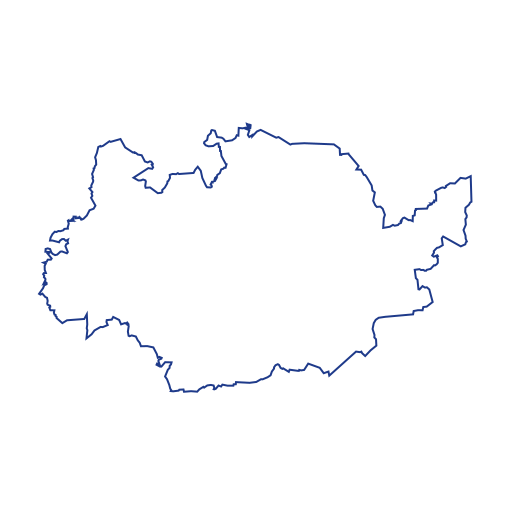 Unión de San Antonio, Jalisco, Mexico (Albers equal-area conic projection), rotated 357°
{"feature_id": "50627088B53477617701945", "entity_name": "Unión de San Antonio", "entity_type": "district", "adm_level": 2, "iso_a3": "MEX", "parent_name": "Mexico", "parent_adm1": "Jalisco", "projection": "albers", "projection_center": [-102.055, 21.158], "detail": "fine", "context": "isolated", "style": "outline", "palette": "blue", "viewbox_px": 512, "rotation_deg": 357, "n_neighbors": 0, "source": "geoboundaries", "source_scale": "gbopen_adm2", "svg_char_len": 6038}
<svg xmlns="http://www.w3.org/2000/svg" viewBox="0 0 512 512"><g transform="rotate(357 256 256)"><path d="M430.0,311.2L427.3,298.5L425.0,296.2L423.1,296.4L420.7,294.8L417.5,298.0L416.5,297.7L416.0,288.2L414.5,286.5L413.8,278.1L418.6,277.7L420.0,278.6L422.6,278.7L423.5,279.5L425.1,279.6L425.9,278.7L429.7,278.0L433.3,274.5L434.2,274.8L435.9,273.8L437.2,272.3L437.4,268.4L436.6,266.9L437.7,265.8L437.1,264.8L433.5,266.0L432.0,264.7L433.9,262.0L433.8,260.5L435.5,258.8L437.2,257.3L439.1,257.0L443.1,254.9L442.4,248.1L443.9,246.3L461.0,257.1L465.6,255.3L466.4,253.1L467.3,252.6L466.3,249.7L466.3,246.7L464.6,240.9L467.2,235.7L467.0,230.1L468.3,228.5L468.6,226.6L467.2,223.1L467.7,218.8L471.3,216.0L472.7,213.8L474.0,213.1L474.6,187.5L469.5,189.7L464.3,188.7L458.4,194.0L453.7,193.5L449.3,196.0L449.5,196.9L448.0,198.0L446.1,197.3L444.5,197.6L439.1,200.1L438.0,201.0L438.3,201.7L437.2,201.9L438.4,202.0L439.1,204.2L438.8,210.1L436.8,209.9L436.7,211.6L435.8,211.5L434.4,212.9L433.1,212.7L433.8,213.7L430.7,214.6L429.3,217.6L418.1,217.4L418.1,218.5L417.2,218.9L416.6,223.7L414.7,224.2L414.3,229.4L411.9,228.2L410.3,228.2L406.2,225.4L404.7,225.9L402.6,228.3L402.4,228.7L403.2,228.9L402.4,230.7L400.8,231.1L399.4,232.5L396.1,233.0L394.4,232.1L391.2,233.8L384.5,234.6L385.6,224.9L386.9,221.7L385.0,215.5L382.8,213.2L379.2,213.3L377.8,211.6L375.9,207.0L378.0,198.7L375.7,196.7L375.2,191.6L370.7,183.0L369.3,180.9L367.9,180.6L365.5,175.3L360.8,174.9L363.2,171.5L353.6,158.9L354.5,158.5L346.4,158.8L346.4,159.5L345.2,159.4L345.2,153.1L339.6,148.6L310.1,145.9L298.0,145.9L296.1,146.5L284.7,138.4L282.4,138.9L267.2,130.3L263.4,131.7L258.5,136.4L258.6,135.0L255.5,136.8L254.2,134.6L256.0,130.0L251.3,128.0L257.0,127.9L257.5,125.0L256.7,124.6L255.8,125.6L255.3,124.3L253.8,123.6L254.0,124.8L255.2,126.2L254.5,127.0L249.3,127.8L245.5,127.2L244.7,134.9L243.1,134.4L241.7,137.1L238.2,139.2L231.5,139.9L229.6,137.2L227.9,136.0L223.4,135.2L221.5,128.8L218.6,127.9L217.9,128.3L217.2,131.1L214.3,133.4L213.3,137.5L210.3,139.5L210.0,140.7L211.5,142.8L214.4,144.0L219.0,143.9L222.5,141.8L224.5,141.6L224.6,145.1L225.7,145.2L225.6,149.2L226.4,149.3L226.7,154.3L230.6,162.5L231.4,162.8L230.2,166.3L228.9,166.1L228.0,167.1L225.8,167.7L224.2,171.4L221.6,173.0L221.3,174.2L219.1,176.0L219.0,176.7L220.5,176.5L219.7,177.8L218.7,177.8L218.9,178.9L216.6,179.6L216.5,180.2L215.8,179.8L214.4,182.3L215.3,183.1L215.5,184.5L214.4,185.2L210.7,184.8L209.7,183.2L206.5,175.3L205.3,168.0L202.5,163.8L199.8,166.7L198.0,169.8L183.4,170.1L182.3,169.2L180.5,170.1L176.9,169.7L174.1,170.5L174.2,173.5L172.4,176.5L171.5,176.9L171.2,178.8L168.5,182.9L165.8,185.2L165.8,187.3L164.8,187.9L161.2,188.1L153.8,182.0L149.4,182.1L149.0,180.3L149.9,175.8L149.5,174.7L147.2,173.7L145.0,174.5L142.5,174.4L137.8,171.4L153.1,162.6L156.9,163.5L157.9,162.1L156.7,159.4L157.6,159.3L157.8,158.6L156.4,156.4L155.0,155.9L152.7,156.9L150.0,155.8L147.1,149.4L143.3,148.5L141.7,147.0L140.2,146.8L140.1,146.0L138.5,146.2L131.0,140.7L126.8,132.1L116.8,134.4L115.7,133.7L109.0,138.0L106.8,138.6L106.3,138.0L104.2,138.9L102.5,144.8L100.5,149.0L101.2,152.0L101.2,156.4L99.8,157.9L99.3,159.8L98.4,160.1L98.6,161.5L96.6,165.5L97.4,168.8L96.7,169.6L97.4,172.0L97.2,173.3L95.2,176.9L95.3,178.7L93.1,179.8L96.0,183.6L95.0,185.0L95.7,187.4L94.3,189.2L98.3,197.3L96.3,200.3L92.2,201.6L89.2,206.7L85.7,209.8L84.0,210.5L83.6,209.8L83.1,210.2L81.9,208.0L81.4,208.6L80.6,208.2L80.4,208.8L78.0,208.9L78.1,207.3L75.9,207.1L75.6,210.2L74.8,209.0L73.5,210.2L75.2,211.3L70.8,211.3L70.7,210.5L70.0,210.9L70.7,213.9L69.5,217.4L69.6,218.8L66.0,218.9L65.0,220.2L61.9,221.0L60.0,220.7L57.9,221.6L56.3,221.2L53.8,223.6L51.8,227.0L51.1,229.8L53.6,229.9L60.1,232.0L60.9,230.5L63.2,229.0L65.1,229.0L66.8,230.8L69.1,229.8L68.5,231.4L69.0,233.5L67.1,234.3L66.2,236.2L68.3,242.2L67.3,243.4L62.5,241.3L60.9,241.4L57.6,244.2L55.4,244.6L53.1,243.3L51.9,241.8L50.7,238.3L48.4,237.5L46.3,238.0L45.9,240.7L49.7,241.2L49.8,242.0L48.0,242.6L51.8,247.8L51.0,248.9L47.8,248.8L46.7,250.7L43.4,251.5L45.6,252.7L44.4,254.8L44.3,258.9L45.3,262.0L43.2,262.0L42.5,263.0L43.5,264.6L43.1,266.1L44.4,267.5L44.5,268.8L42.6,272.3L44.7,271.2L45.5,272.0L45.4,273.2L43.0,274.2L41.6,277.1L37.4,282.4L38.7,283.3L40.7,282.4L43.4,285.9L45.1,286.8L45.6,289.9L45.0,292.6L45.4,293.8L47.8,294.8L47.9,296.0L46.9,296.6L47.8,299.4L51.8,299.7L51.2,302.0L51.7,303.9L52.8,304.4L52.7,305.5L53.7,306.3L53.6,307.5L59.1,312.9L63.9,310.3L81.2,309.9L84.0,305.3L83.9,315.6L83.2,319.3L83.7,321.3L82.4,329.4L87.7,325.6L90.8,321.9L97.1,318.7L99.2,319.0L104.3,317.2L103.2,314.1L103.6,312.2L108.6,312.0L110.2,309.4L116.0,312.7L117.7,317.2L121.7,316.1L122.6,316.7L123.9,315.7L124.8,317.0L123.7,317.3L124.0,318.0L124.9,318.0L125.2,319.4L124.1,324.8L124.6,329.0L125.6,329.5L127.7,328.8L131.8,330.1L133.5,334.0L135.3,336.5L136.4,340.1L142.7,340.3L148.7,341.9L151.8,348.7L152.6,352.4L154.2,351.7L156.5,352.8L156.1,353.6L153.5,354.5L153.0,355.7L154.0,359.1L151.6,358.2L151.0,359.4L154.3,361.4L155.7,361.5L159.7,357.3L166.1,357.8L165.4,359.9L164.1,361.1L163.8,363.3L162.0,365.0L158.9,371.6L160.7,374.4L162.7,380.4L163.4,384.0L164.3,385.5L163.8,386.4L166.2,386.8L171.7,386.4L172.4,385.5L176.6,385.5L177.0,387.8L184.1,387.6L190.2,388.4L192.4,386.2L196.6,383.9L197.3,384.7L200.6,382.7L204.2,382.4L206.9,383.1L207.5,385.6L206.8,386.8L207.3,387.0L208.9,386.5L211.8,383.4L214.3,384.5L215.7,382.7L220.8,384.0L226.6,384.3L227.0,382.9L229.1,383.0L229.4,380.9L243.0,382.3L249.7,381.8L254.6,379.3L256.1,379.5L261.2,377.7L264.3,375.9L265.8,372.2L268.1,369.4L268.2,368.1L269.8,366.1L272.1,365.2L273.3,366.0L274.7,369.0L276.4,370.1L277.2,369.6L282.7,373.4L283.6,371.3L292.0,372.9L292.9,372.9L293.2,372.0L295.1,372.6L298.1,372.3L302.5,366.2L313.8,371.0L317.5,376.6L322.3,375.2L322.9,379.3L350.9,356.7L355.0,357.5L356.2,357.0L356.9,358.6L359.8,361.6L365.5,356.2L371.5,351.8L371.5,345.4L369.9,343.5L370.2,341.1L368.6,335.0L370.1,329.2L372.2,326.0L375.3,324.1L381.8,323.5L409.8,322.5L410.6,319.2L414.9,318.6L419.5,318.9L420.4,315.7L423.8,315.5L430.0,311.2Z" fill="none" stroke="#1e3a8a" stroke-width="2"/></g></svg>